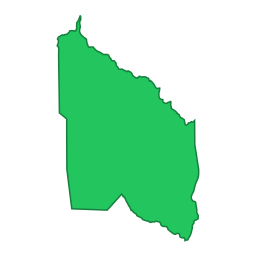 Tilaran, Guanacaste, Costa Rica
{"feature_id": "36466004B12916636175246", "entity_name": "Tilaran", "entity_type": "district", "adm_level": 2, "iso_a3": "CRI", "parent_name": "Costa Rica", "parent_adm1": "Guanacaste", "projection": "equal_earth", "projection_center": [-84.874, 10.487], "detail": "fine", "context": "isolated", "style": "filled", "palette": "green", "viewbox_px": 256, "rotation_deg": 0, "n_neighbors": 0, "source": "geoboundaries", "source_scale": "gbopen_adm2", "svg_char_len": 5630}
<svg xmlns="http://www.w3.org/2000/svg" viewBox="0 0 256 256"><path d="M198.7,169.7L194.8,144.6L194.6,120.4L194.5,120.5L194.0,121.1L193.9,121.4L193.4,122.0L192.5,122.0L191.9,121.8L191.5,121.7L191.2,122.0L190.7,122.1L190.4,122.6L189.9,122.7L189.2,122.7L188.3,123.0L188.1,123.4L188.0,123.9L187.8,124.3L187.5,124.6L186.5,125.0L185.6,125.0L185.4,124.8L185.1,124.1L184.8,122.7L184.5,121.7L184.4,120.4L184.2,119.7L182.9,118.8L182.4,118.3L181.2,117.9L180.5,117.5L180.3,117.3L179.0,114.5L178.5,114.1L177.3,113.8L177.2,113.6L177.2,113.1L177.0,112.9L176.6,112.3L176.2,111.9L174.7,110.6L171.6,108.7L171.4,108.3L171.4,107.6L171.1,106.6L171.1,106.2L170.7,105.5L170.7,103.8L170.9,103.0L170.9,102.2L170.8,101.7L170.5,101.4L170.2,101.5L169.2,102.3L168.1,102.3L167.4,103.0L166.7,103.2L166.2,103.5L165.3,103.3L164.9,103.0L163.8,102.7L163.3,102.3L163.0,101.9L162.9,101.4L162.9,99.9L162.8,99.6L162.5,99.6L161.8,99.3L160.9,99.3L160.1,98.8L159.6,98.2L159.2,97.5L158.9,96.0L158.9,92.6L159.3,91.4L159.5,90.4L159.7,89.6L159.7,88.1L159.3,88.1L158.3,88.4L157.2,88.4L156.3,88.1L156.0,87.9L155.8,87.5L155.2,86.7L154.8,86.1L154.3,84.8L154.0,84.6L153.8,84.1L153.3,83.6L152.6,82.6L152.0,82.0L151.3,81.4L150.6,80.6L150.1,81.3L149.3,80.9L149.2,80.8L148.6,78.4L147.3,78.0L146.3,77.3L145.6,77.0L145.0,76.8L142.5,76.8L142.1,77.0L141.2,77.0L139.7,76.3L139.2,76.3L138.9,76.7L138.9,76.9L138.7,77.1L137.6,77.4L137.2,77.7L137.1,78.1L136.4,78.1L135.3,77.5L133.7,76.4L132.5,75.1L132.2,74.5L132.1,74.0L131.3,72.7L130.6,72.2L129.1,71.3L128.2,70.9L127.9,70.9L127.4,71.4L127.2,71.5L126.4,71.6L126.1,71.4L125.7,70.8L124.9,70.6L123.7,70.1L123.0,69.6L122.0,69.1L120.5,69.2L119.1,69.1L118.8,69.0L118.4,68.7L118.1,67.8L118.0,67.6L117.9,67.4L117.7,67.1L116.3,65.5L116.1,64.5L116.1,63.1L115.7,62.9L115.5,62.7L114.7,61.3L114.3,60.9L113.6,60.7L112.1,60.7L111.6,60.3L111.1,59.5L110.9,58.7L110.6,58.3L110.3,58.0L109.9,57.9L109.6,57.5L109.3,56.9L109.2,56.5L108.5,55.0L108.1,55.0L107.4,54.5L103.6,54.5L102.9,54.2L102.7,54.0L102.3,53.8L101.8,53.4L101.4,53.2L100.9,52.9L100.8,52.7L100.5,52.6L100.3,52.5L100.1,52.4L99.7,52.1L99.3,51.9L99.0,51.9L98.9,51.8L97.7,51.4L96.8,50.7L95.9,50.2L95.6,50.0L95.5,49.7L94.7,48.9L94.2,48.3L94.0,48.2L93.9,47.9L93.7,47.8L93.4,47.3L93.0,47.0L90.4,47.0L90.1,47.3L89.3,47.3L88.9,47.0L88.8,46.8L88.6,46.8L88.4,46.6L88.2,46.1L87.9,45.7L87.7,45.2L87.6,44.6L87.3,44.1L87.0,43.2L86.9,42.3L86.8,42.0L86.6,40.7L86.5,39.7L86.3,39.5L86.3,39.2L86.0,38.8L85.7,38.8L85.5,38.4L84.6,37.9L84.2,37.6L81.5,35.2L80.3,33.5L80.1,32.9L79.8,32.4L79.6,31.8L79.6,30.1L79.7,29.9L79.7,29.2L79.8,28.5L80.2,27.7L80.2,25.6L80.0,25.1L79.9,24.7L79.8,24.1L79.7,23.8L79.7,21.8L79.7,21.5L80.5,20.4L80.7,19.1L80.7,17.8L80.6,17.2L80.6,16.2L80.4,16.0L80.3,15.4L79.5,17.7L79.2,18.2L78.9,19.5L78.3,20.6L78.1,20.7L77.7,21.6L77.0,22.5L76.8,22.6L76.8,24.4L76.6,25.0L76.6,26.8L76.7,27.2L76.8,28.0L76.7,28.3L76.3,28.9L75.9,30.5L75.6,31.0L74.8,31.0L73.8,30.7L70.2,30.7L69.9,30.8L69.4,31.8L68.3,33.0L67.3,33.9L66.8,34.4L64.9,34.5L64.6,34.7L63.5,35.3L63.1,35.2L62.7,34.9L62.3,34.9L61.7,35.2L60.4,36.0L60.2,36.1L59.9,36.5L59.3,36.6L58.7,36.9L58.4,37.2L57.5,38.8L57.5,39.1L58.3,39.9L58.3,40.1L58.4,41.6L58.3,42.4L58.1,43.4L57.3,45.3L57.3,46.0L57.7,46.5L58.2,46.9L58.7,47.2L58.8,47.4L58.8,48.0L58.7,48.2L58.7,49.0L58.7,53.3L58.6,54.2L58.6,55.3L59.2,96.0L59.4,112.9L66.7,118.9L66.7,134.6L66.9,169.4L71.8,208.8L107.2,210.1L121.7,194.1L123.0,195.9L123.0,196.2L123.1,196.6L124.0,196.6L124.1,197.1L124.3,197.5L125.1,198.2L125.3,199.0L125.5,199.3L125.6,199.8L126.1,200.6L126.2,201.2L126.9,202.2L127.4,202.6L127.5,203.0L127.6,203.4L127.7,203.7L127.9,204.2L128.5,204.8L128.6,205.7L129.3,206.4L129.7,207.1L129.9,207.6L130.6,208.9L131.0,210.2L131.3,210.5L132.5,210.4L132.5,210.6L132.9,211.4L133.2,211.8L133.6,212.4L135.2,213.5L135.3,213.6L136.0,213.7L136.2,213.9L136.5,214.6L136.7,214.9L136.9,215.6L137.3,215.9L138.0,216.2L138.9,216.7L139.6,217.0L141.7,218.0L141.9,218.2L142.3,219.2L142.8,219.6L146.6,220.9L147.9,221.0L148.1,221.2L148.4,221.2L149.0,221.7L149.5,222.0L150.7,222.4L150.9,222.4L151.2,222.2L151.5,222.2L152.0,221.9L154.6,221.9L155.2,221.6L155.3,221.4L155.8,221.3L156.4,221.3L157.5,221.6L158.8,221.8L160.0,222.3L160.1,222.5L160.2,222.9L160.7,224.0L160.8,224.5L161.1,225.0L161.6,225.7L162.9,226.3L166.1,226.6L167.2,227.1L167.4,228.0L167.6,228.1L167.9,229.1L168.3,229.8L169.8,230.9L170.3,231.5L171.2,232.0L171.8,232.6L172.8,233.2L173.0,233.5L174.3,234.1L175.2,234.3L175.5,234.3L176.1,234.0L176.5,233.6L177.3,233.4L177.9,233.4L179.2,233.8L179.4,234.2L179.5,234.9L180.0,236.6L180.1,236.9L180.4,237.2L182.2,237.9L183.4,237.9L183.6,237.7L184.6,238.3L184.9,239.2L185.0,240.6L185.9,240.1L187.2,240.1L187.8,239.7L188.4,238.3L189.7,236.5L190.1,235.5L190.4,235.0L190.9,233.5L191.5,232.0L191.5,231.3L191.5,231.2L192.4,227.8L192.3,226.3L192.5,225.2L193.1,224.1L193.6,223.6L193.9,222.9L194.0,222.6L193.9,221.5L194.3,220.7L194.9,220.2L195.8,220.2L196.1,220.0L196.7,219.6L197.1,219.4L197.4,219.2L197.7,219.1L198.1,218.7L198.2,218.4L198.2,215.7L198.1,215.3L197.9,214.8L197.9,214.7L197.7,214.6L197.5,214.2L196.9,212.7L196.8,212.0L196.8,209.9L196.8,209.3L196.5,208.4L196.5,207.3L196.0,205.5L196.0,204.7L195.8,203.5L195.8,203.1L195.3,201.8L194.1,201.3L193.2,201.3L193.0,201.1L192.2,200.2L191.4,198.6L191.2,197.9L191.2,196.9L191.3,196.6L191.4,196.4L191.6,195.4L192.0,194.6L192.1,194.4L192.5,193.6L192.6,193.1L193.2,192.2L193.4,191.5L193.6,191.3L194.1,189.8L194.2,188.8L194.5,187.9L194.5,187.5L194.7,186.9L195.3,184.5L195.5,184.2L195.8,183.1L196.2,182.4L196.7,181.1L197.2,180.1L197.4,179.4L198.1,177.5L198.4,176.3L198.5,176.0L198.5,175.0L198.6,174.9L198.6,174.4L198.7,169.7Z" fill="#22c55e" stroke="#15803d" stroke-width="1.5"/></svg>